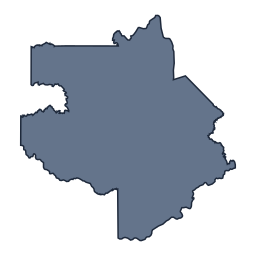 the district of São Gabriel da Cachoeira, Amazonas, Brazil
{"feature_id": "56859067B34307291662166", "entity_name": "São Gabriel da Cachoeira", "entity_type": "district", "adm_level": 2, "iso_a3": "BRA", "parent_name": "Brazil", "parent_adm1": "Amazonas", "projection": "natural_earth1", "projection_center": [-67.662, 0.359], "detail": "fine", "context": "isolated", "style": "filled", "palette": "slate", "viewbox_px": 256, "rotation_deg": 0, "n_neighbors": 0, "source": "geoboundaries", "source_scale": "gbopen_adm2", "svg_char_len": 5781}
<svg xmlns="http://www.w3.org/2000/svg" viewBox="0 0 256 256"><path d="M141.3,240.6L145.0,239.3L146.2,237.4L147.1,236.9L149.3,236.7L150.9,235.3L151.7,233.5L151.9,231.3L152.5,229.9L158.5,226.0L162.9,224.1L166.4,220.9L168.6,219.8L171.5,217.2L173.5,217.2L176.1,218.9L177.2,219.1L179.0,218.2L180.7,218.0L181.8,217.2L182.4,216.5L182.5,215.4L181.6,213.3L180.4,212.0L180.3,211.2L181.9,207.6L183.4,207.7L186.1,207.2L189.3,208.6L190.2,208.5L190.9,207.6L191.4,206.1L191.6,202.4L192.6,200.3L193.9,198.8L193.7,197.8L192.3,198.2L192.1,197.8L193.5,194.2L193.4,193.1L192.7,192.0L192.6,191.2L192.9,190.7L194.5,189.9L196.3,188.1L198.2,187.2L199.8,185.8L203.0,184.7L204.7,182.6L205.9,182.6L207.7,184.9L208.6,185.3L212.4,183.9L215.0,181.5L214.9,179.7L216.0,178.4L216.5,178.2L217.8,178.7L219.2,178.1L221.2,178.5L222.7,178.1L223.4,174.9L224.6,174.0L224.8,171.3L226.1,170.5L228.3,170.7L229.0,170.4L230.3,168.9L231.3,169.3L232.6,169.1L233.0,168.6L235.3,167.9L235.3,164.7L234.7,162.1L233.6,160.5L232.8,160.4L232.5,161.0L231.9,161.1L230.7,160.4L229.7,161.8L229.5,163.5L228.9,163.9L228.1,163.5L227.3,164.2L226.6,161.2L225.1,158.8L224.6,159.2L225.3,158.5L225.6,156.9L224.7,156.7L224.4,157.3L223.5,156.7L225.4,154.4L224.8,153.8L223.3,153.3L222.8,153.4L222.7,154.1L222.4,153.8L223.0,152.8L223.0,152.4L223.6,152.2L223.5,151.2L223.9,150.5L223.4,149.4L223.7,147.5L223.4,147.0L222.5,146.5L222.0,145.4L221.3,145.1L221.4,144.5L220.5,143.0L219.8,142.7L219.0,143.1L216.9,143.0L215.5,141.9L215.0,142.7L214.5,141.6L212.6,140.7L212.1,139.6L211.2,139.0L210.2,139.3L209.4,138.8L209.5,138.2L209.0,137.4L208.5,137.3L208.6,136.4L207.9,135.7L208.2,135.4L208.8,135.7L209.7,134.4L209.6,134.0L210.1,134.2L210.9,133.2L211.8,133.2L211.9,132.6L212.5,132.5L212.8,133.0L213.1,132.9L212.8,131.4L213.3,130.1L213.9,129.8L213.6,129.1L214.0,128.9L214.5,129.3L214.7,129.1L214.7,127.9L214.3,127.7L214.5,127.3L214.0,126.7L214.3,125.2L213.5,124.2L213.8,123.6L213.7,122.6L214.2,122.4L214.0,121.8L214.6,121.0L214.9,121.2L214.7,120.8L215.6,120.5L215.7,119.7L216.3,119.4L216.9,120.0L217.7,118.2L218.7,118.3L219.2,117.5L220.0,117.6L220.7,116.8L221.0,117.1L221.4,116.2L222.2,116.1L223.2,115.4L222.9,114.6L223.4,114.5L223.5,113.4L222.9,113.3L222.4,111.9L221.3,111.4L221.0,110.5L219.2,109.2L217.6,108.6L216.2,106.7L215.5,107.0L213.3,105.4L213.2,104.3L185.4,75.9L173.4,79.7L173.7,77.5L173.4,70.2L174.2,63.2L173.8,51.5L172.8,48.9L173.0,45.9L171.6,41.9L169.9,39.0L169.0,38.5L165.4,38.4L163.6,37.4L163.2,36.6L161.1,28.2L160.2,17.7L159.2,16.2L157.9,15.4L155.7,15.5L154.8,17.5L150.1,20.6L149.5,21.5L149.2,23.6L147.7,24.8L146.6,27.8L146.0,28.5L143.3,28.7L139.3,27.5L138.3,27.6L135.7,31.9L133.6,34.7L132.4,35.7L130.8,36.0L131.2,37.9L130.9,38.5L130.3,38.8L129.9,39.8L129.4,40.1L127.7,39.9L124.1,35.9L121.8,35.8L121.0,33.7L120.4,33.3L120.0,32.0L119.1,30.8L118.2,31.3L117.8,30.9L116.9,31.2L116.1,32.3L115.6,32.2L113.8,34.3L113.3,37.2L112.7,38.3L112.6,40.3L114.3,40.1L113.7,42.2L114.1,43.5L115.0,43.5L115.9,42.7L116.7,42.8L117.6,43.6L117.1,44.6L118.1,44.9L118.3,46.0L65.5,45.9L54.9,46.1L54.4,46.4L54.4,45.8L52.7,44.5L51.4,44.0L51.1,44.3L50.5,44.2L50.2,43.8L50.0,44.3L49.6,44.1L49.6,43.5L49.2,43.9L46.2,42.4L45.4,43.2L42.3,44.8L41.9,45.7L41.4,45.3L39.5,45.7L39.5,45.0L38.6,45.2L38.0,44.9L37.7,45.2L36.4,45.2L34.6,46.5L34.2,47.6L33.7,47.3L32.3,47.6L31.9,47.3L32.1,46.9L31.2,46.6L31.1,84.6L31.9,85.4L32.8,85.5L33.3,85.3L34.2,83.6L35.2,82.9L36.5,82.5L37.0,82.7L38.0,82.1L38.3,84.7L39.4,85.1L40.1,84.4L43.4,83.4L44.4,84.4L45.5,84.8L47.8,84.9L49.3,84.4L51.6,84.7L52.1,84.8L52.2,86.2L53.2,86.5L55.1,84.0L56.1,84.4L58.1,83.9L58.9,85.4L59.5,85.5L59.8,85.9L61.0,85.8L64.1,89.1L64.2,89.7L63.3,90.6L64.1,91.3L65.8,92.1L66.3,92.9L64.9,93.7L65.2,95.5L65.9,95.5L67.7,97.0L67.4,98.5L66.2,98.5L66.2,99.9L66.9,101.0L67.2,102.6L66.9,103.7L66.4,104.0L65.8,103.8L65.1,104.6L65.1,105.6L67.3,107.4L68.8,110.6L68.7,111.4L67.8,110.8L65.4,110.2L64.8,110.5L64.2,113.2L63.7,113.0L62.4,113.4L62.1,113.0L61.0,113.1L60.0,113.4L59.3,113.3L60.0,112.4L59.6,111.4L59.9,110.8L59.1,110.6L57.9,111.6L57.1,111.2L57.1,111.9L56.2,112.8L55.7,111.9L53.6,109.9L53.6,109.1L52.2,107.9L52.1,107.0L51.0,106.6L50.5,105.5L49.9,105.4L49.0,105.9L48.4,106.8L47.5,107.1L47.1,107.6L47.2,108.6L45.5,108.5L45.5,109.2L44.2,110.0L44.0,111.2L43.5,111.2L43.4,111.8L42.0,111.4L40.8,109.6L39.6,109.3L39.1,109.6L39.0,110.4L37.7,111.0L37.3,112.5L36.5,112.7L36.0,112.2L32.9,115.2L32.7,114.6L31.8,114.1L31.5,114.5L30.9,114.3L28.9,115.0L28.5,114.6L27.5,114.4L26.9,115.7L26.1,116.3L24.8,115.9L24.6,115.3L23.1,115.3L23.5,115.9L23.3,116.7L22.3,117.2L21.9,116.9L21.7,116.1L20.8,116.0L20.7,145.3L22.4,145.5L23.5,146.2L23.8,147.1L23.7,149.0L23.9,149.7L25.1,150.0L25.6,150.6L26.1,154.5L27.9,155.9L29.1,157.9L30.0,157.9L30.9,156.7L32.8,156.5L33.5,154.2L34.0,153.8L34.7,154.0L35.6,155.3L35.5,157.3L36.1,158.9L37.6,159.6L39.8,159.4L40.6,159.9L41.3,161.0L43.5,162.6L43.5,167.2L44.2,168.8L45.0,169.4L46.7,169.6L48.8,170.9L49.5,171.6L49.6,173.3L50.1,173.8L53.0,173.3L53.6,173.7L54.2,174.7L55.4,175.6L56.4,177.9L58.7,178.6L59.9,180.3L61.4,180.5L63.4,179.9L65.4,180.7L66.5,181.5L68.7,181.3L69.3,180.2L71.4,179.2L73.0,179.4L73.2,178.8L74.0,178.4L75.6,178.6L76.8,177.9L78.9,178.4L81.8,180.0L82.7,180.8L84.3,181.0L86.0,182.2L90.3,183.5L91.7,186.4L93.0,187.4L94.0,189.0L94.3,191.0L94.7,191.7L97.1,193.5L97.3,193.3L97.8,193.9L99.3,194.4L99.6,194.0L100.5,194.6L100.9,194.2L101.6,194.6L102.6,194.3L104.4,194.8L105.7,193.2L107.6,193.1L108.2,192.3L108.6,192.4L109.7,191.3L111.4,190.6L111.4,190.1L112.1,189.8L112.5,190.2L112.7,189.3L113.5,189.8L113.9,189.3L115.3,188.8L115.5,189.2L116.6,189.2L116.9,189.5L116.9,189.0L117.3,189.4L117.7,189.2L118.1,238.0L119.8,239.0L121.8,238.9L123.2,237.9L125.0,237.4L127.7,238.1L130.6,240.1L132.7,239.5L133.9,238.3L135.0,237.9L136.7,238.2L140.0,240.5L141.3,240.6Z" fill="#64748b" stroke="#1e293b" stroke-width="1.5"/></svg>